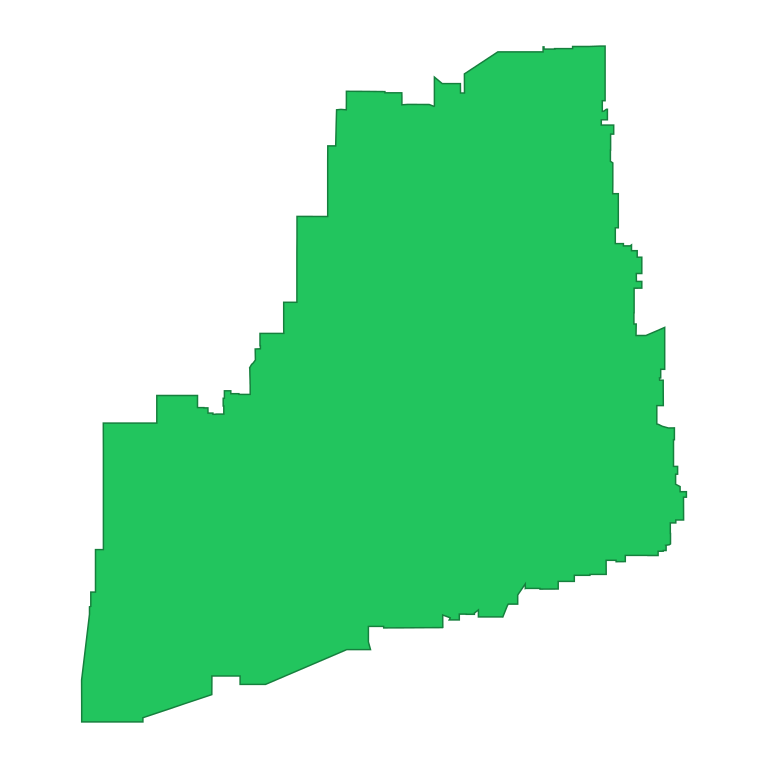 outline of Williams, Western Australia, Australia
{"feature_id": "25037944B87064425958741", "entity_name": "Williams", "entity_type": "district", "adm_level": 2, "iso_a3": "AUS", "parent_name": "Australia", "parent_adm1": "Western Australia", "projection": "natural_earth1", "projection_center": [116.768, -33.052], "detail": "fine", "context": "isolated", "style": "filled", "palette": "green", "viewbox_px": 768, "rotation_deg": 0, "n_neighbors": 0, "source": "geoboundaries", "source_scale": "gbopen_adm2", "svg_char_len": 3639}
<svg xmlns="http://www.w3.org/2000/svg" viewBox="0 0 768 768"><path d="M103.3,423.1L103.4,451.2L103.4,451.7L103.4,457.0L103.4,462.2L103.4,467.3L103.4,482.8L103.4,487.9L103.4,503.3L103.4,508.5L103.4,523.9L103.4,529.0L103.4,544.4L103.4,549.6L95.5,549.6L95.5,566.4L95.5,566.6L95.5,581.6L95.5,592.1L90.8,592.1L90.8,606.4L89.5,606.8L89.5,610.5L89.5,614.3L82.0,676.8L81.6,680.0L81.7,706.1L81.7,721.9L142.9,721.9L142.9,717.7L179.6,705.4L184.2,703.8L211.8,694.6L211.9,676.0L222.8,676.0L240.1,676.0L240.1,684.4L240.3,684.4L253.1,684.4L265.5,684.4L346.7,649.6L360.0,649.6L370.5,649.6L368.4,641.9L368.4,638.5L368.4,634.8L368.4,626.4L383.6,626.4L383.7,627.9L408.1,627.8L420.8,627.7L442.7,627.6L442.8,627.5L442.7,615.0L450.3,617.8L450.3,618.0L449.2,619.9L459.3,619.9L459.3,614.1L466.3,614.1L466.3,614.3L474.4,614.3L474.4,613.1L478.4,609.9L478.4,616.9L492.7,616.9L501.7,616.9L502.8,617.0L507.2,606.0L508.2,604.1L517.7,604.1L517.7,599.9L517.7,595.1L518.3,594.1L525.3,583.9L525.3,588.5L525.5,588.4L540.0,588.4L540.0,589.1L558.2,589.0L558.2,581.4L574.3,581.4L574.3,575.3L589.9,575.3L589.9,574.4L606.2,574.4L606.1,560.3L616.1,560.3L616.1,561.7L625.3,561.6L625.3,555.4L637.3,555.4L647.0,555.4L647.6,555.5L654.6,555.5L658.1,555.5L658.1,551.3L663.2,551.2L663.2,550.5L666.1,550.5L666.1,545.5L665.9,545.3L669.4,544.7L670.5,543.9L670.5,533.5L670.3,533.5L670.3,522.9L675.8,522.9L675.8,520.0L683.6,520.0L683.5,497.2L686.4,497.2L686.4,491.7L680.1,491.7L680.1,486.6L675.6,484.2L675.6,483.9L675.6,474.2L677.6,474.2L677.6,466.4L673.5,466.4L673.5,449.5L673.5,439.7L674.4,439.7L674.4,427.9L668.5,428.0L662.3,426.3L658.4,424.4L656.8,424.0L656.8,405.6L663.3,405.6L663.2,386.5L663.2,380.2L659.6,380.2L659.5,377.9L660.7,377.9L660.7,369.3L664.7,369.3L664.7,327.4L655.8,331.3L646.4,335.3L646.2,335.5L636.0,335.5L636.2,324.0L633.9,324.0L633.9,312.8L634.1,312.8L634.1,288.2L641.8,288.1L641.8,281.4L636.4,281.4L636.3,273.5L641.8,273.5L641.8,257.2L637.2,257.2L637.2,250.7L631.5,250.7L631.5,244.9L630.1,245.9L623.4,245.9L623.4,243.6L615.3,243.6L615.3,241.0L615.3,238.4L615.3,227.8L618.3,227.8L618.3,206.3L618.3,202.7L618.3,193.7L612.7,193.7L612.8,184.6L612.8,167.5L612.8,162.9L610.4,161.3L610.4,151.4L610.4,150.1L610.6,150.1L610.6,146.8L610.6,142.1L610.6,134.1L613.7,134.1L613.7,125.3L613.7,125.1L601.3,125.1L601.3,119.8L607.4,119.8L607.4,109.3L606.4,109.3L603.9,111.1L602.3,111.4L602.3,100.7L605.1,100.7L605.1,93.7L605.1,46.1L599.9,46.1L588.8,46.5L580.7,46.5L572.6,46.5L572.6,48.6L565.6,48.6L554.7,48.6L554.8,49.1L544.0,49.1L544.0,46.9L543.1,46.9L543.1,51.9L516.2,51.9L504.1,51.9L497.8,51.9L464.4,73.9L464.5,93.0L460.5,93.0L460.4,83.6L452.8,83.6L452.7,83.6L442.2,83.6L434.4,77.1L434.4,106.1L434.0,106.4L429.2,104.5L426.2,104.5L407.9,104.4L401.9,104.8L401.9,96.8L401.8,92.8L384.9,92.8L384.9,91.6L365.1,91.4L346.4,91.3L346.4,102.4L346.3,109.8L341.0,109.4L336.6,109.8L336.5,113.0L336.2,124.3L335.7,145.9L327.8,145.9L327.7,161.1L327.7,199.5L327.7,216.5L297.0,216.4L297.0,232.7L297.0,237.6L296.9,252.7L296.9,263.0L296.9,284.0L296.9,302.3L283.7,302.3L283.7,327.6L283.8,333.4L273.1,333.4L260.0,333.4L260.0,345.7L260.4,345.7L260.4,348.8L255.2,349.0L255.4,359.7L255.4,360.0L253.2,363.0L251.6,364.4L249.6,367.9L249.8,368.5L249.9,373.2L249.9,373.8L250.0,377.7L250.1,380.9L250.1,382.4L250.1,382.9L250.2,385.2L250.2,394.4L246.1,394.4L238.9,394.4L238.9,393.7L232.2,393.7L230.8,393.7L230.8,390.8L224.4,390.8L224.4,398.3L223.2,398.3L223.2,406.0L223.8,406.0L223.8,414.1L216.0,414.1L215.9,414.3L212.9,414.3L212.9,413.1L208.0,413.1L207.9,407.9L203.9,407.9L203.9,407.6L197.5,407.6L197.5,397.2L197.5,395.5L156.8,395.5L156.8,423.1L103.3,423.1Z" fill="#22c55e" stroke="#15803d" stroke-width="1.5"/></svg>